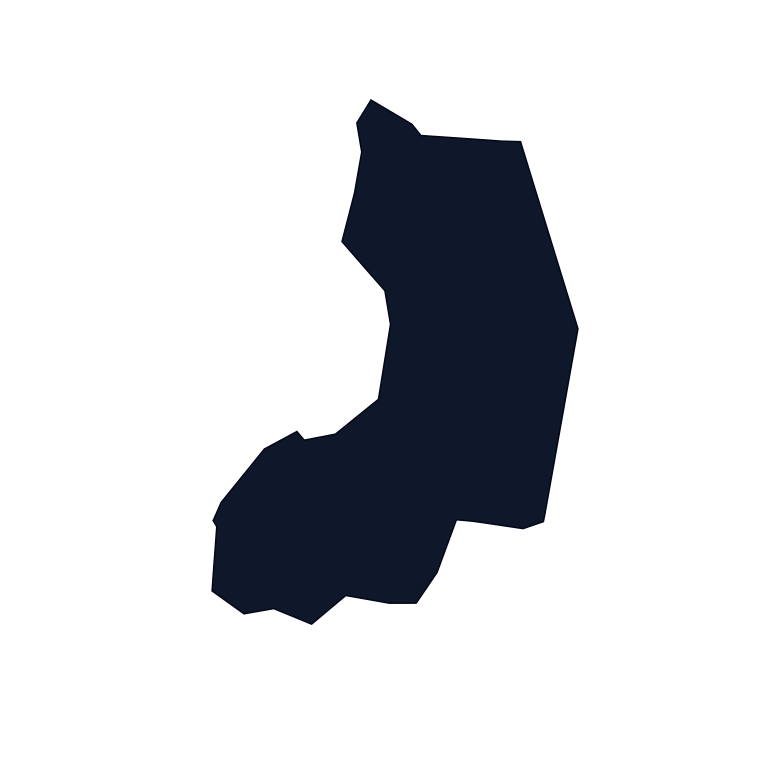 outline of Bristol, Rhode Island, United States of America, rotated 45°
{"feature_id": "52423323B87258541323822", "entity_name": "Bristol", "entity_type": "district", "adm_level": 2, "iso_a3": "USA", "parent_name": "United States of America", "parent_adm1": "Rhode Island", "projection": "natural_earth1", "projection_center": [-71.293, 41.707], "detail": "fine", "context": "isolated", "style": "filled", "palette": "ink", "viewbox_px": 768, "rotation_deg": 45, "n_neighbors": 0, "source": "geoboundaries", "source_scale": "gbopen_adm2", "svg_char_len": 746}
<svg xmlns="http://www.w3.org/2000/svg" viewBox="0 0 768 768"><g transform="rotate(45 384 384)"><path d="M174.0,192.4L180.2,218.6L194.9,229.1L204.2,235.7L228.1,269.8L253.6,313.0L293.0,315.7L318.7,317.4L346.4,337.2L378.3,381.3L390.9,398.7L385.1,453.8L367.3,480.1L356.0,479.2L345.4,514.5L352.6,582.9L359.8,601.4L366.6,603.1L379.4,617.9L394.1,635.0L408.8,651.9L447.5,645.5L456.2,633.1L464.8,620.8L502.6,605.0L506.5,560.6L542.8,535.2L561.7,516.2L558.3,498.1L554.7,479.6L531.2,428.8L538.8,422.4L544.5,417.7L584.6,387.9L594.0,368.6L591.2,364.4L589.6,362.0L482.1,207.8L411.7,170.5L313.9,118.6L309.6,116.3L309.2,116.1L294.7,129.8L288.5,135.1L264.2,156.2L234.4,182.2L220.1,180.6L174.0,192.4Z" fill="#0f172a" stroke="#020617" stroke-width="1.5"/></g></svg>